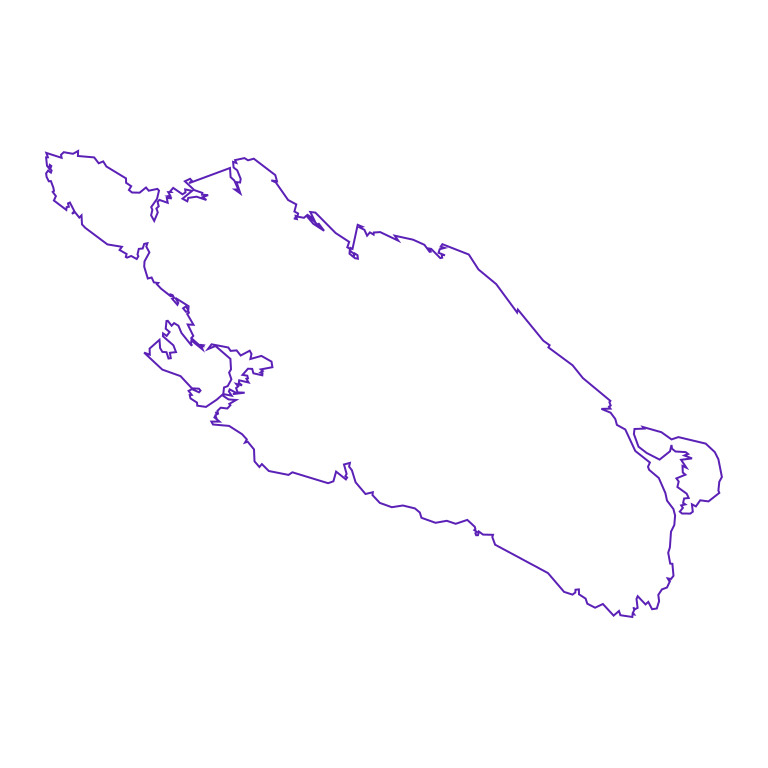 Meland nor, Norway (Albers equal-area conic projection)
{"feature_id": "86288312B27116623213145", "entity_name": "Meland nor", "entity_type": "district", "adm_level": 2, "iso_a3": "NOR", "parent_name": "Norway", "parent_adm1": "", "projection": "albers", "projection_center": [5.101, 60.561], "detail": "fine", "context": "isolated", "style": "outline", "palette": "violet", "viewbox_px": 768, "rotation_deg": 0, "n_neighbors": 0, "source": "geoboundaries", "source_scale": "gbopen_adm2", "svg_char_len": 6075}
<svg xmlns="http://www.w3.org/2000/svg" viewBox="0 0 768 768"><path d="M61.6,157.8L46.3,152.9L47.9,157.3L46.1,157.4L47.0,165.8L49.0,168.3L49.8,164.9L51.3,166.0L50.2,169.0L51.6,170.5L50.9,172.6L48.1,170.6L46.1,173.4L46.6,176.9L48.8,181.3L50.9,181.1L53.3,187.5L54.0,190.9L52.7,191.9L55.9,196.1L53.9,200.5L66.3,209.9L66.7,207.1L68.8,206.8L68.0,203.4L69.9,202.5L74.3,211.1L72.0,213.8L75.0,212.2L79.3,217.6L81.5,215.4L82.0,224.4L85.2,227.8L107.4,244.4L121.9,246.8L119.6,250.0L126.6,254.0L125.8,257.0L127.1,257.6L131.2,256.0L136.7,259.0L138.4,256.2L137.5,254.4L138.8,248.9L142.7,248.5L144.2,243.9L147.4,243.2L146.3,246.6L149.4,252.4L144.5,261.4L144.2,266.7L147.8,278.5L151.6,277.5L153.9,282.4L158.2,283.0L156.9,284.3L161.0,288.6L170.5,296.1L171.8,296.1L169.5,294.1L172.6,295.1L174.1,297.9L172.1,298.7L177.4,304.8L178.3,302.9L175.4,297.9L188.6,306.2L188.3,310.0L185.8,306.5L183.1,308.3L186.0,311.8L188.3,311.0L188.9,312.7L187.2,314.0L193.5,324.8L187.7,324.5L193.3,335.9L191.3,338.1L200.8,346.5L202.2,346.4L199.6,344.8L203.7,345.3L201.8,347.5L202.6,349.5L191.4,340.5L190.9,343.8L192.2,345.6L191.0,344.9L181.5,333.0L178.4,325.7L174.1,323.1L171.6,325.7L167.8,320.8L166.5,321.0L165.7,328.7L169.6,332.0L166.7,335.9L163.1,333.4L162.9,336.2L173.4,345.3L176.0,352.1L169.9,352.8L170.8,358.2L168.5,358.5L166.5,352.2L162.4,351.9L160.1,348.1L159.5,339.8L149.6,348.6L149.8,354.7L144.1,352.6L162.3,369.6L180.5,376.1L191.9,388.3L199.0,388.7L200.5,390.6L199.0,392.3L191.9,389.1L188.6,390.9L191.7,394.9L189.7,395.1L190.5,398.4L197.0,402.6L197.3,405.7L206.0,406.9L216.7,399.7L223.3,393.9L224.0,387.5L227.7,386.1L231.4,379.3L229.1,372.6L231.0,369.3L230.4,358.9L215.5,346.0L207.9,349.1L211.6,344.3L228.3,347.5L230.6,350.9L236.6,350.4L240.7,355.5L249.7,350.7L251.5,353.9L250.4,359.0L261.4,355.9L271.5,361.6L272.4,367.2L260.8,369.4L262.8,371.1L260.5,372.5L262.5,373.3L262.3,375.3L253.4,373.3L252.2,368.9L248.0,368.7L242.5,374.9L247.3,375.7L248.0,378.3L246.4,378.7L248.6,382.5L239.2,380.3L238.8,382.6L242.0,385.4L236.2,383.9L238.2,386.4L236.1,388.0L237.6,392.4L244.7,392.7L232.9,394.1L236.4,393.0L229.7,389.4L228.9,391.5L231.7,395.7L224.1,394.2L223.4,396.0L228.5,399.4L236.1,400.0L229.3,403.9L230.4,405.2L227.3,408.5L220.7,407.7L217.5,410.8L217.9,413.2L215.4,412.3L217.2,414.1L215.3,415.4L216.6,418.5L213.7,416.8L219.5,421.6L211.4,421.6L213.0,424.5L229.1,425.9L242.1,434.2L246.8,439.4L245.0,442.6L247.7,441.7L254.0,449.4L254.5,461.3L259.4,467.0L261.9,464.1L268.8,471.0L288.5,474.9L292.4,472.3L328.1,483.2L333.4,481.3L336.1,471.6L345.9,479.4L347.1,477.5L345.4,476.1L346.6,473.9L344.0,464.5L349.9,462.9L349.1,466.6L351.9,470.3L355.6,482.3L365.5,494.0L372.8,492.2L372.5,495.1L379.8,502.9L391.8,507.2L402.9,505.5L414.9,508.4L419.8,512.5L421.5,517.8L435.5,522.8L446.8,520.8L455.7,523.8L467.3,519.9L474.7,526.7L475.4,529.0L474.3,530.1L477.1,531.9L475.4,533.2L476.1,535.2L478.0,535.2L478.9,531.5L483.0,534.6L493.0,534.8L492.3,537.0L495.1,544.7L548.0,573.1L564.1,591.9L572.5,594.6L575.3,592.5L575.5,589.7L578.9,589.4L579.0,594.3L585.6,598.6L587.3,603.7L595.1,607.7L602.9,604.0L613.6,615.6L619.0,611.0L620.4,615.2L632.3,617.0L632.6,614.1L634.1,614.4L632.9,612.7L634.3,610.0L633.4,607.2L634.6,609.4L637.6,607.9L636.5,599.0L637.7,596.2L645.5,604.4L648.3,601.9L652.1,609.2L656.8,608.5L659.1,601.1L658.3,594.9L661.9,589.4L667.0,587.5L670.4,580.3L669.5,581.5L667.7,578.4L671.0,579.0L673.5,575.8L672.4,563.8L670.2,563.6L668.2,552.7L669.9,547.4L671.0,531.7L674.3,525.0L675.1,515.5L673.4,509.0L667.0,500.6L665.4,493.1L658.8,478.0L649.1,469.8L648.0,466.8L649.9,462.5L635.3,451.0L625.3,429.5L616.9,424.9L615.3,419.0L610.6,412.7L601.4,408.9L610.4,408.6L609.0,406.7L610.7,405.5L609.4,402.2L610.4,400.9L582.9,378.1L572.6,365.3L548.4,347.4L549.6,345.2L543.3,340.7L517.9,309.6L517.1,312.5L496.2,284.1L478.5,269.5L468.8,254.5L442.4,244.2L440.7,246.7L444.6,247.9L439.7,249.2L438.6,252.8L445.0,255.3L441.7,254.7L442.2,257.7L440.3,258.1L431.2,248.9L428.9,248.5L430.7,251.6L429.6,251.8L424.4,244.8L413.1,239.7L394.8,235.7L398.3,240.7L380.2,232.1L373.8,232.5L373.6,234.6L369.9,232.4L367.1,235.7L364.4,229.8L359.6,227.4L362.1,226.7L357.7,224.8L352.5,248.9L350.6,248.0L350.4,251.3L353.8,253.5L353.9,256.3L354.8,253.5L357.5,255.2L357.9,258.7L355.0,258.2L349.5,253.7L349.9,248.8L347.3,247.3L349.2,241.9L335.6,233.0L315.4,212.6L310.3,212.0L313.7,218.9L306.8,214.4L319.7,226.6L318.3,223.1L324.1,230.8L313.2,223.7L306.4,215.7L304.0,217.8L297.8,216.7L296.4,217.1L296.9,219.1L293.8,218.4L295.9,218.4L295.6,215.8L297.5,216.3L298.1,213.5L294.4,211.5L296.3,204.4L288.1,200.0L275.8,182.4L271.3,180.4L277.0,181.3L275.3,175.1L253.8,158.7L248.0,160.3L244.5,158.1L235.1,160.1L236.3,162.9L233.1,161.9L233.6,167.5L237.2,170.3L240.7,178.9L240.1,182.5L236.5,182.1L240.4,193.5L234.8,189.5L238.3,189.5L234.3,180.5L230.6,177.1L230.0,168.0L189.2,183.1L191.9,180.8L190.1,178.8L184.9,181.3L194.3,190.1L202.4,192.9L202.0,194.7L208.1,195.1L202.8,197.1L206.4,200.0L196.6,196.7L188.3,197.9L187.3,201.3L182.5,198.7L192.1,190.9L185.2,189.4L185.5,192.4L182.5,194.3L173.2,187.9L170.3,191.2L171.2,192.0L168.2,192.1L170.3,195.8L167.6,196.2L171.8,198.4L166.8,197.9L167.7,202.8L159.4,199.9L157.6,201.9L158.7,206.3L156.4,208.5L157.8,212.4L154.2,220.9L151.1,215.3L152.4,209.8L151.2,207.1L157.0,198.9L159.0,190.6L157.4,188.9L148.7,190.7L146.0,187.5L139.6,192.7L132.0,192.5L128.9,190.0L131.2,186.2L126.1,182.8L126.0,178.4L106.4,166.5L103.2,161.4L98.7,163.3L94.2,157.4L77.9,156.0L78.1,151.0L73.0,153.8L63.8,152.2L61.0,154.8L61.6,157.8ZM642.9,427.0L644.1,428.6L634.5,429.0L633.9,434.0L638.5,446.7L646.7,453.0L659.6,459.6L670.0,451.3L671.5,445.0L672.0,448.7L675.5,451.5L685.6,452.1L688.1,454.0L684.4,455.5L692.0,458.4L681.1,459.8L686.4,467.7L682.5,465.9L682.8,472.5L685.4,474.7L676.4,478.4L678.7,481.5L677.4,487.0L686.7,493.7L688.7,498.0L684.1,498.5L683.1,502.9L685.3,504.4L681.2,505.4L682.9,507.9L679.8,511.6L682.0,513.5L690.3,513.6L692.8,511.7L691.9,504.3L695.9,506.4L700.2,500.3L708.5,501.4L719.3,492.9L718.4,490.6L719.3,481.7L721.9,477.0L718.4,459.3L714.8,452.1L705.7,443.6L678.4,437.1L671.5,439.4L661.4,432.2L642.9,427.0Z" fill="none" stroke="#5b21b6" stroke-width="2"/></svg>